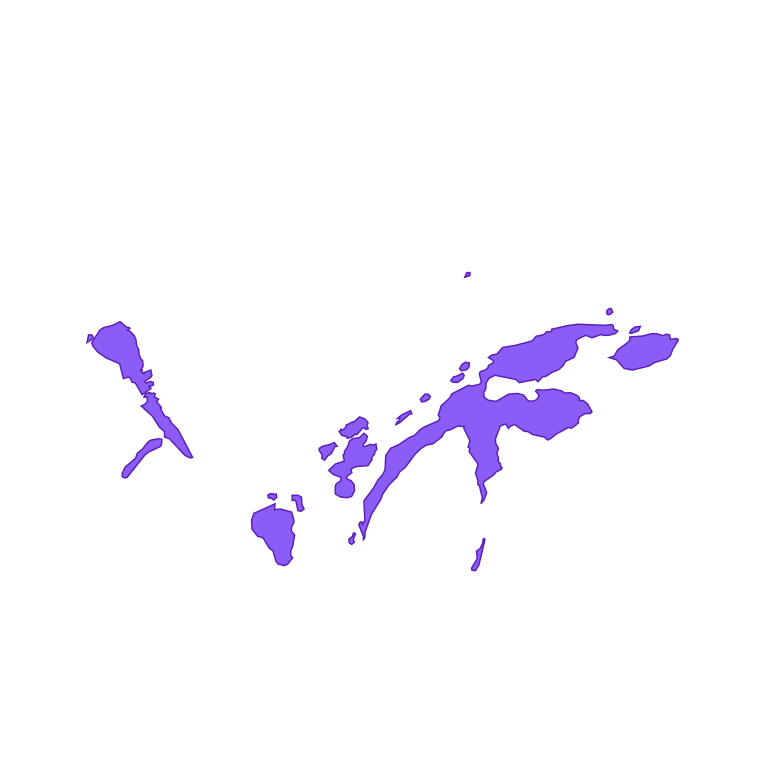 the border of Maluku Utara, rotated 56°
{"feature_id": "IDN-538", "entity_name": "Maluku Utara", "entity_type": "Province", "adm_level": 1, "iso_a3": "IDN", "parent_name": "Indonesia", "parent_adm1": "", "projection": "equal_earth", "projection_center": [127.364, 0.08], "detail": "fine", "context": "isolated", "style": "filled", "palette": "violet", "viewbox_px": 768, "rotation_deg": 56, "n_neighbors": 0, "source": "natural_earth", "source_scale": "10m", "svg_char_len": 6178}
<svg xmlns="http://www.w3.org/2000/svg" viewBox="0 0 768 768"><g transform="rotate(56 384 384)"><path d="M441.0,414.4L442.6,405.4L442.5,393.3L443.7,387.4L442.1,379.9L442.1,375.3L444.9,359.5L443.4,356.4L440.1,356.4L434.0,348.7L432.4,337.3L430.1,333.4L432.4,314.5L434.9,312.3L437.7,304.8L436.7,302.1L428.6,299.1L427.6,297.1L429.2,291.5L428.0,287.5L427.1,287.1L427.4,281.4L425.8,280.2L420.5,282.6L420.2,278.8L422.3,273.6L420.1,265.1L425.2,254.1L431.2,237.1L429.5,231.2L432.4,224.0L431.6,219.5L433.7,217.3L433.6,215.1L432.4,214.3L438.2,199.2L442.9,189.8L458.7,168.3L462.0,162.2L463.5,161.3L467.4,162.9L470.8,160.5L471.5,164.0L469.3,170.4L466.1,175.3L464.3,176.3L462.0,185.8L456.5,189.4L455.1,197.5L455.5,200.3L457.4,202.1L462.4,202.9L468.2,211.4L466.7,221.1L468.8,224.8L469.8,230.5L468.3,238.3L468.2,245.6L466.7,248.1L468.2,255.0L465.0,255.8L458.5,271.1L454.1,272.0L438.8,287.1L438.0,293.7L440.1,298.7L445.3,302.6L446.9,306.3L451.1,308.3L455.5,306.9L461.1,300.8L462.1,286.4L466.6,278.4L471.4,274.5L478.4,274.0L481.1,270.9L482.4,266.5L480.8,262.6L479.3,261.7L474.7,262.3L474.3,260.1L478.2,255.4L483.1,246.1L489.1,240.6L492.6,239.1L495.6,234.2L501.2,230.4L504.7,229.7L506.8,231.2L509.2,228.0L514.3,226.4L523.3,227.1L523.9,229.4L520.8,234.2L520.7,240.3L522.9,243.5L525.0,244.5L525.5,250.9L525.4,253.3L523.4,255.1L523.0,257.0L521.8,269.1L522.4,276.2L521.9,279.7L517.9,280.6L508.7,289.3L504.2,291.1L501.4,294.3L490.6,298.3L489.7,302.3L490.4,305.7L485.2,305.4L483.8,310.9L491.6,322.1L495.6,324.6L501.2,325.1L505.0,329.4L509.2,330.4L511.7,332.4L515.4,332.2L518.2,333.6L519.2,332.9L520.3,334.0L519.6,340.4L520.7,343.8L521.0,355.9L522.1,357.4L531.5,359.7L535.8,365.5L537.4,370.5L533.3,366.1L521.8,361.8L520.2,362.5L516.2,360.0L509.1,358.0L503.1,350.8L487.6,351.2L485.4,348.8L483.5,349.6L479.0,344.4L465.4,342.6L464.0,341.6L460.1,346.3L459.0,355.0L457.6,358.2L457.8,360.6L460.2,365.7L460.9,377.1L458.3,383.2L458.2,389.9L459.6,397.6L465.0,413.1L465.6,420.2L468.4,425.3L470.4,436.1L474.6,446.8L477.9,451.2L484.9,467.1L495.9,482.1L501.1,486.4L501.5,488.0L498.8,486.3L486.7,483.6L485.0,480.8L486.5,479.3L488.1,480.1L486.6,476.2L469.6,466.0L464.6,451.3L460.2,442.6L458.1,435.1L455.5,430.9L444.3,422.6L441.0,414.4ZM257.3,579.6L257.6,590.5L244.3,589.6L241.4,591.8L236.7,591.1L235.2,592.2L233.8,597.0L219.4,591.8L207.1,599.7L197.1,603.5L190.0,604.2L186.4,603.3L180.4,589.3L180.5,584.7L183.5,576.6L184.7,567.9L192.8,565.6L195.1,563.5L195.8,563.5L195.9,566.6L198.1,565.1L204.1,564.0L208.4,564.8L213.8,567.6L218.3,568.1L222.7,570.6L227.9,571.7L229.3,570.9L234.5,573.7L236.5,578.2L237.1,576.7L239.1,578.1L241.3,577.4L240.3,576.7L242.1,569.5L247.2,571.7L248.0,573.6L248.1,580.6L250.0,580.7L251.5,576.0L253.7,574.3L256.0,575.7L254.7,580.0L257.3,579.6ZM476.9,556.9L479.5,564.7L478.9,568.1L474.1,572.4L471.1,572.8L460.3,569.4L455.7,570.9L443.9,570.3L439.6,573.9L430.6,574.6L422.8,569.9L418.5,564.2L422.4,541.3L427.1,545.0L429.7,539.8L438.5,532.2L446.8,535.0L448.7,536.4L450.3,540.0L453.9,543.0L459.2,542.5L467.7,550.7L469.8,554.3L474.1,557.3L476.9,556.9ZM520.7,131.0L521.3,135.7L517.5,147.6L517.2,154.4L511.3,170.3L505.4,176.2L494.0,177.7L488.1,182.4L489.6,177.7L486.3,170.7L485.9,158.5L485.2,155.9L482.5,153.9L488.7,143.1L492.1,133.7L495.0,129.6L499.8,125.9L500.6,122.2L502.8,119.8L507.3,121.6L509.7,116.3L511.3,115.2L512.6,116.1L516.3,124.6L520.7,131.0ZM456.0,468.1L459.1,473.8L457.4,478.5L453.2,483.4L447.9,485.8L442.3,482.2L440.0,479.5L440.2,474.6L437.8,471.6L430.8,476.5L424.7,478.2L423.1,469.1L425.7,459.9L420.1,457.7L419.6,455.5L418.0,454.8L415.9,449.7L412.0,444.4L411.8,440.8L414.7,434.3L413.7,428.1L418.1,427.0L421.5,431.1L422.3,434.6L423.8,436.1L425.0,435.2L426.5,428.8L428.3,427.7L429.3,424.2L434.2,426.6L435.0,429.4L436.8,430.9L438.0,435.4L439.9,436.1L442.7,443.0L437.2,452.7L436.1,457.3L436.9,459.4L439.5,460.2L439.9,466.8L441.9,467.9L445.6,465.4L450.6,465.0L456.0,468.1ZM306.7,580.3L337.8,583.7L337.1,585.8L332.1,588.9L309.3,592.5L305.2,595.6L300.8,592.6L294.3,594.3L281.2,594.0L266.5,597.6L267.1,593.7L266.5,590.4L262.5,587.5L260.6,590.4L258.9,587.2L259.9,583.0L262.3,581.7L262.8,579.8L264.2,579.2L266.4,581.6L270.5,579.4L271.6,582.4L278.8,581.7L280.4,583.2L287.7,583.8L291.8,581.2L297.5,582.0L306.7,580.3ZM309.1,621.8L317.8,649.3L316.8,651.6L314.5,652.8L311.9,651.2L308.2,645.2L306.7,631.5L303.4,627.2L302.9,620.7L300.1,612.0L300.2,608.5L303.3,601.6L305.7,599.1L309.7,602.2L310.8,604.5L308.7,617.1L309.1,621.8ZM407.3,444.0L403.0,447.7L398.1,447.7L398.7,446.2L397.4,445.1L399.2,443.2L398.3,439.3L397.0,438.5L397.8,431.3L398.7,430.3L397.6,422.7L402.6,419.3L407.3,418.9L408.8,421.4L412.2,422.1L411.5,424.5L409.1,424.9L408.6,426.4L410.8,434.7L409.4,436.0L410.0,440.4L408.6,444.7L407.3,444.0ZM412.1,470.7L413.9,475.9L410.7,477.2L408.4,475.0L403.0,474.9L401.1,473.7L401.4,469.3L403.7,463.4L404.7,457.9L409.4,457.7L408.4,459.5L412.1,466.3L412.1,470.7ZM587.1,406.5L589.9,412.6L587.4,415.2L585.6,414.4L581.0,404.4L574.3,400.8L574.2,396.3L571.2,391.2L568.1,388.6L568.1,387.4L569.4,387.3L587.1,406.5ZM442.9,520.1L443.1,523.9L441.0,526.2L432.1,522.6L430.5,522.7L429.2,525.2L424.9,522.4L428.1,517.6L431.7,515.6L438.0,519.5L442.9,520.1ZM418.5,326.8L417.0,322.3L418.3,318.8L419.0,312.7L421.7,312.7L423.7,315.8L423.8,322.2L421.1,325.8L418.5,326.8ZM424.9,392.8L424.3,396.7L422.8,394.6L422.8,391.7L421.2,389.9L420.1,392.1L419.5,386.8L420.9,376.9L424.3,377.6L423.3,379.7L424.9,392.8ZM418.4,307.4L416.1,312.7L413.4,312.7L411.3,308.0L411.5,304.3L414.3,301.6L417.4,303.9L418.4,307.4ZM420.1,352.4L421.7,355.1L421.5,359.4L419.9,362.8L416.9,362.5L415.3,355.7L417.0,353.3L420.1,352.4ZM482.2,143.3L480.3,150.6L479.1,151.8L477.3,148.6L477.1,144.2L479.6,139.3L482.2,143.3ZM418.0,536.3L418.5,540.3L416.1,541.1L413.7,543.5L411.2,542.4L411.3,539.8L412.8,537.4L414.2,537.0L414.8,534.9L418.0,536.3ZM495.8,496.4L498.6,497.1L498.9,500.4L496.2,501.6L492.9,499.8L492.8,495.4L490.6,492.9L491.0,491.7L492.4,491.5L495.8,496.4ZM181.9,598.6L183.3,599.8L183.7,602.1L183.6,607.0L178.1,601.5L179.5,599.1L181.9,598.6ZM448.3,153.5L452.3,154.1L452.7,157.3L451.9,159.6L450.0,159.9L448.1,158.6L447.4,155.9L448.3,153.5ZM339.7,250.4L342.2,252.2L340.6,257.3L338.0,253.1L339.7,250.4Z" fill="#8b5cf6" stroke="#5b21b6" stroke-width="1.5"/></g></svg>